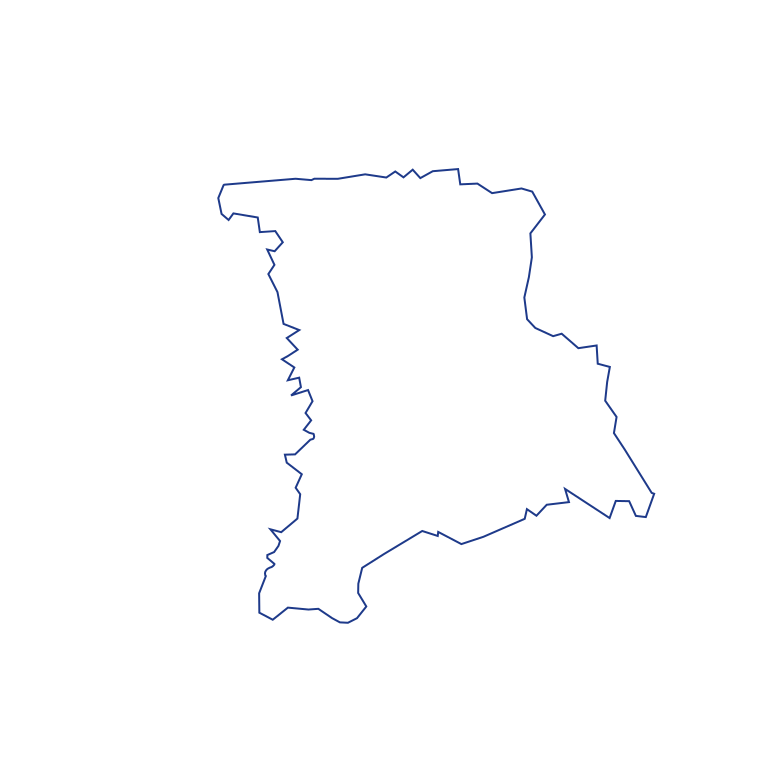 Westmoreland, Pennsylvania, United States of America, rotated 237°
{"feature_id": "52423323B66944309680505", "entity_name": "Westmoreland", "entity_type": "district", "adm_level": 2, "iso_a3": "USA", "parent_name": "United States of America", "parent_adm1": "Pennsylvania", "projection": "albers", "projection_center": [-79.479, 40.36], "detail": "fine", "context": "isolated", "style": "outline", "palette": "blue", "viewbox_px": 768, "rotation_deg": 237, "n_neighbors": 0, "source": "geoboundaries", "source_scale": "gbopen_adm2", "svg_char_len": 1762}
<svg xmlns="http://www.w3.org/2000/svg" viewBox="0 0 768 768"><g transform="rotate(237 384 384)"><path d="M148.7,500.2L159.7,514.7L152.2,525.8L136.2,523.4L129.8,531.1L144.8,550.8L146.9,549.2L197.8,550.2L217.6,550.1L229.7,561.1L249.5,560.4L264.2,572.3L275.3,582.7L284.6,574.3L300.5,583.3L308.2,566.5L329.4,560.4L332.0,551.9L348.6,541.4L360.4,539.3L380.1,548.8L394.7,563.7L409.7,577.0L430.6,588.8L438.5,611.3L464.6,613.1L473.1,605.8L485.2,578.6L501.2,571.5L509.9,556.7L523.9,563.2L535.9,540.8L536.9,526.6L548.1,524.8L546.7,512.9L556.1,509.2L555.9,498.4L570.1,482.4L581.3,456.9L594.1,437.4L594.5,434.2L604.3,421.6L638.2,358.5L638.1,357.7L630.2,346.3L615.1,340.4L606.2,343.0L609.1,350.6L592.4,368.8L579.0,362.6L571.5,376.1L558.0,376.3L554.9,364.6L560.4,359.3L543.6,357.0L539.2,346.9L519.1,344.7L489.1,332.5L475.4,342.3L475.5,327.5L459.8,330.3L459.8,318.5L460.3,311.9L446.7,317.8L439.5,305.4L435.5,316.3L426.6,312.6L425.0,299.8L420.3,317.0L408.5,314.7L402.4,302.4L393.2,303.1L389.3,291.8L383.7,294.8L380.6,297.7L380.1,297.7L377.8,296.7L376.7,295.3L376.6,294.4L377.4,291.9L373.4,271.1L378.7,262.4L371.0,259.6L353.1,265.9L345.1,253.4L337.2,253.7L318.3,238.1L315.7,217.1L324.0,209.6L308.9,211.3L305.7,207.3L302.9,200.3L304.1,193.0L301.7,191.4L292.8,194.1L292.3,193.7L291.8,192.0L291.7,190.1L292.2,188.1L292.4,185.6L292.0,183.8L291.2,182.2L290.1,181.1L288.1,180.2L287.3,180.3L276.5,165.3L260.1,154.9L246.9,162.3L248.8,181.6L236.0,197.8L231.2,206.5L216.0,212.9L208.1,217.2L203.4,223.7L202.3,233.8L206.8,247.3L207.1,248.0L222.8,248.5L230.5,253.7L241.7,265.6L241.4,291.4L239.9,336.0L227.3,346.3L230.4,348.9L207.6,361.7L201.7,384.2L194.3,428.6L201.2,435.7L190.5,440.1L194.1,454.7L184.2,474.8L197.4,478.7L148.7,500.2Z" fill="none" stroke="#1e3a8a" stroke-width="2"/></g></svg>